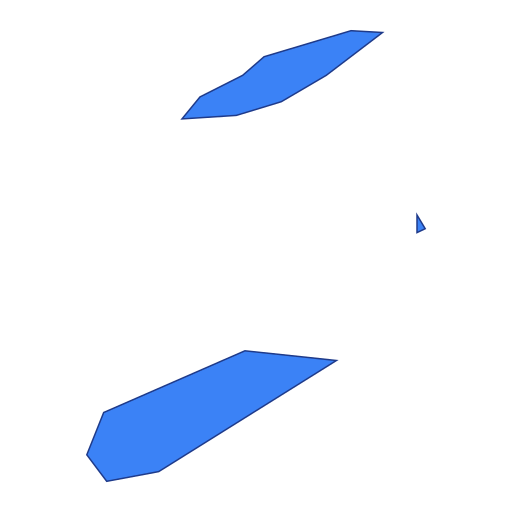 SVG path tracing the border of Johnston Atoll
{"feature_id": "UMI-5174", "entity_name": "Johnston Atoll", "entity_type": "state/province", "adm_level": 1, "iso_a3": "UMI", "parent_name": "United States Minor Outlying Islands", "parent_adm1": "", "projection": "natural_earth1", "projection_center": [-169.53, 16.742], "detail": "fine", "context": "isolated", "style": "filled", "palette": "blue", "viewbox_px": 512, "rotation_deg": 0, "n_neighbors": 0, "source": "natural_earth", "source_scale": "10m", "svg_char_len": 378}
<svg xmlns="http://www.w3.org/2000/svg" viewBox="0 0 512 512"><path d="M244.9,350.8L336.4,360.5L158.7,471.6L106.7,481.3L86.8,454.8L103.7,412.5L244.9,350.8ZM264.1,56.7L351.0,30.7L382.5,32.5L326.3,75.3L281.3,101.7L236.3,115.4L182.0,118.9L200.0,96.9L242.7,75.3L264.1,56.7ZM417.0,232.6L417.0,215.0L425.2,228.7L417.0,232.6Z" fill="#3b82f6" stroke="#1e3a8a" stroke-width="1.5"/></svg>